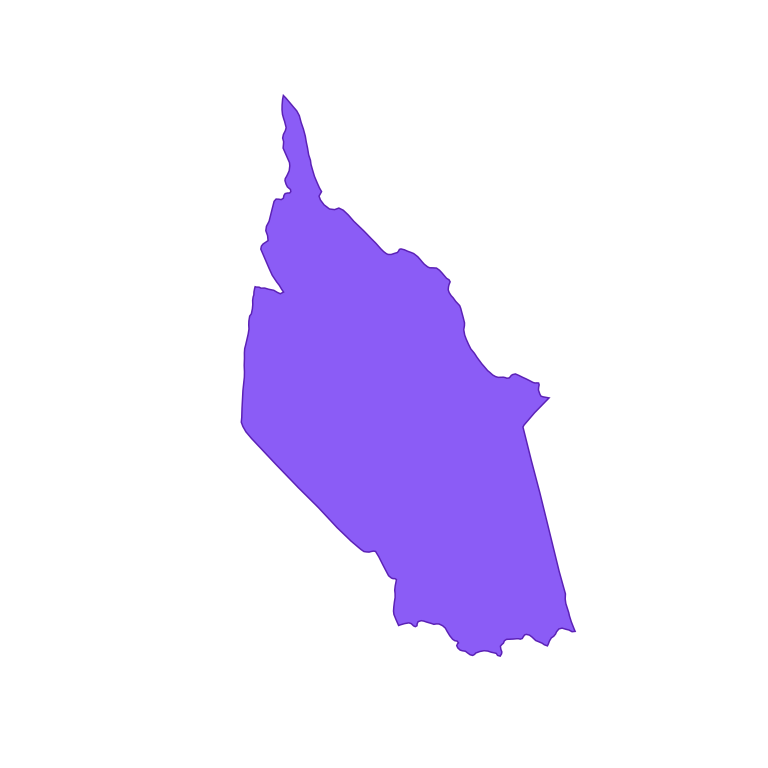 the district of Mouloundou, Ogooué-Lolo, Gabon, rotated 157°
{"feature_id": "22940354B50404497002370", "entity_name": "Mouloundou", "entity_type": "district", "adm_level": 2, "iso_a3": "GAB", "parent_name": "Gabon", "parent_adm1": "Ogooué-Lolo", "projection": "equal_earth", "projection_center": [12.887, -0.678], "detail": "fine", "context": "isolated", "style": "filled", "palette": "violet", "viewbox_px": 768, "rotation_deg": 157, "n_neighbors": 0, "source": "geoboundaries", "source_scale": "gbopen_adm2", "svg_char_len": 4013}
<svg xmlns="http://www.w3.org/2000/svg" viewBox="0 0 768 768"><g transform="rotate(157 384 384)"><path d="M304.7,81.6L304.7,84.4L304.5,92.0L303.9,98.1L303.3,101.3L302.4,110.9L301.2,115.3L299.0,119.9L296.0,142.9L288.4,189.8L283.1,222.7L278.3,255.9L272.9,290.1L271.1,291.5L256.6,298.7L237.5,306.7L239.8,308.2L242.4,309.9L244.2,311.4L244.5,313.6L244.2,318.1L242.9,320.6L241.5,322.6L241.3,324.5L242.9,325.3L244.6,325.9L246.3,327.3L248.4,329.9L251.2,333.2L253.6,335.8L256.6,339.3L259.1,341.9L261.8,342.4L263.4,342.2L265.2,341.2L266.5,340.7L268.7,341.3L269.6,342.3L271.4,343.6L273.5,344.4L276.3,345.5L278.4,347.2L280.4,349.8L282.2,353.6L283.4,355.9L284.8,360.4L286.1,364.4L288.0,372.3L288.8,377.0L290.4,382.4L290.7,387.5L290.8,393.2L290.6,397.5L289.4,402.8L287.2,406.2L286.0,408.8L285.1,414.4L284.4,419.5L283.8,423.6L283.7,426.6L284.8,429.6L285.7,432.0L286.7,436.4L287.7,439.1L288.3,442.7L288.1,445.6L286.7,448.2L285.3,450.1L283.2,452.2L283.4,454.5L285.1,456.8L286.0,459.6L287.2,463.5L288.5,467.1L290.4,470.2L293.6,471.8L296.5,473.1L298.1,474.8L300.1,478.5L301.2,481.7L302.1,484.7L303.2,488.0L305.7,492.5L307.8,494.6L310.4,497.0L312.8,499.6L315.6,501.7L317.2,501.9L318.8,500.6L320.3,499.8L323.9,500.2L326.7,500.4L329.7,501.7L331.0,503.2L332.6,506.0L334.2,509.9L336.4,516.5L339.0,523.0L342.6,532.4L348.2,545.5L350.8,553.5L353.6,559.9L356.8,563.6L361.3,563.8L365.8,566.4L369.2,572.4L370.6,578.2L370.4,582.3L366.3,585.5L366.8,589.8L366.9,594.9L366.9,602.2L366.1,609.3L365.4,614.7L364.3,618.6L363.8,624.4L362.2,631.0L361.0,637.1L359.6,642.9L358.6,650.0L358.1,657.1L357.1,664.1L357.6,669.5L359.3,674.9L360.6,679.2L362.6,685.6L363.9,688.9L366.1,685.7L368.8,680.6L370.7,676.3L372.1,671.9L372.7,667.3L372.9,664.6L373.9,658.2L375.8,655.8L379.1,653.0L381.2,650.0L381.7,646.3L382.8,644.1L384.7,640.6L384.5,624.7L385.5,621.6L387.9,617.4L390.8,614.7L392.7,613.1L394.6,611.7L395.7,609.9L396.1,606.2L395.9,603.2L394.9,601.1L394.1,599.6L394.6,597.5L396.2,596.7L398.2,597.5L400.6,597.9L402.4,596.7L404.1,594.3L406.6,593.9L408.6,595.2L411.1,596.4L413.8,595.1L418.3,589.2L426.2,578.7L430.6,575.1L432.9,571.3L433.2,566.0L434.7,561.3L440.7,560.1L443.0,558.8L444.7,556.3L444.6,535.5L444.4,527.8L442.9,519.8L441.8,515.6L441.2,511.1L440.5,507.9L444.2,507.6L446.4,510.0L448.8,513.3L453.2,516.3L456.3,518.9L459.8,520.3L461.1,521.9L463.8,523.2L464.6,523.9L465.6,522.7L467.7,519.6L469.0,516.9L470.5,515.2L472.0,512.7L472.2,512.4L473.8,508.3L475.8,504.6L478.7,500.4L481.1,499.0L483.7,494.9L485.4,491.3L486.8,487.4L489.4,483.2L496.0,474.1L498.4,471.0L500.3,467.3L502.5,462.0L505.4,455.8L507.7,449.7L509.9,444.8L516.3,433.3L524.1,417.3L528.0,408.8L530.3,404.6L530.5,400.0L529.8,393.9L527.2,385.5L514.9,352.2L503.3,321.9L492.8,296.2L483.3,270.1L475.6,252.0L471.3,243.5L469.7,240.4L467.9,237.6L465.6,236.2L463.4,235.1L461.3,234.8L459.0,234.3L457.2,233.2L456.3,227.0L455.7,217.9L455.2,211.6L454.7,205.7L453.0,202.5L451.9,201.4L449.9,200.5L449.0,199.1L450.3,197.1L452.5,193.9L454.7,190.0L455.7,186.7L457.2,183.1L459.6,179.3L462.1,174.9L464.0,171.2L464.9,168.0L465.0,162.7L464.9,156.0L463.0,155.9L458.7,155.4L454.4,154.4L452.5,152.7L451.3,149.8L450.0,148.4L448.1,148.6L447.1,150.4L445.4,151.9L442.2,151.6L440.0,150.2L437.8,148.2L434.2,145.3L432.0,143.3L429.5,142.7L427.1,141.6L424.5,138.6L422.9,135.3L422.6,131.9L421.8,126.5L420.6,122.3L419.2,120.1L417.2,118.8L416.6,116.6L418.0,116.0L419.3,114.7L419.2,112.2L417.9,109.3L416.2,107.9L413.5,106.2L412.2,103.9L410.5,101.1L408.4,99.5L406.3,99.7L404.7,100.5L400.2,100.3L396.1,99.4L392.8,97.6L390.1,95.2L387.4,93.3L385.9,92.1L385.5,89.8L383.4,88.1L381.2,89.7L380.2,91.3L380.1,94.1L379.3,97.2L377.4,98.1L375.3,98.8L373.5,100.6L371.0,101.1L368.4,100.1L364.6,98.7L361.2,97.6L359.4,96.8L358.3,95.9L356.2,95.7L354.7,96.8L352.6,98.1L350.8,97.9L348.2,96.0L346.6,93.2L344.6,88.6L342.3,86.3L339.7,83.6L338.3,81.3L335.9,79.1L334.4,80.4L332.1,82.8L329.2,84.9L326.3,85.5L323.8,86.8L322.0,88.5L318.7,90.2L315.5,89.7L312.2,87.0L309.9,85.3L307.7,82.5L304.7,81.6Z" fill="#8b5cf6" stroke="#5b21b6" stroke-width="1.5"/></g></svg>